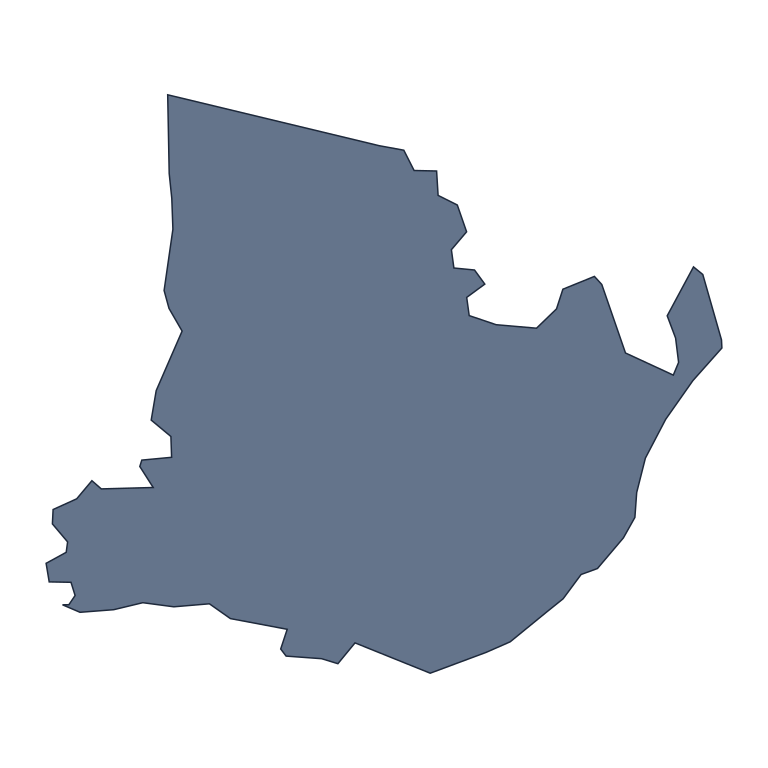 the district of Filingué, Tillabéri, Niger
{"feature_id": "23599985B22646074094064", "entity_name": "Filingué", "entity_type": "district", "adm_level": 2, "iso_a3": "NER", "parent_name": "Niger", "parent_adm1": "Tillabéri", "projection": "albers", "projection_center": [3.193, 14.311], "detail": "fine", "context": "isolated", "style": "filled", "palette": "slate", "viewbox_px": 768, "rotation_deg": 0, "n_neighbors": 0, "source": "geoboundaries", "source_scale": "gbopen_adm2", "svg_char_len": 1101}
<svg xmlns="http://www.w3.org/2000/svg" viewBox="0 0 768 768"><path d="M62.5,604.8L80.0,612.3L113.7,609.7L142.8,602.7L173.8,606.8L209.4,603.8L230.4,618.6L287.2,629.3L280.7,649.0L286.1,656.1L321.6,658.7L337.9,663.7L355.0,642.9L430.2,673.2L486.1,652.4L510.2,641.8L546.8,611.9L563.1,598.8L581.1,574.5L597.5,568.5L599.5,566.1L623.4,537.9L634.9,517.4L636.7,492.5L645.4,458.1L665.7,419.3L692.9,380.6L721.9,348.0L721.5,339.9L702.8,274.5L693.5,266.9L667.2,315.8L675.6,338.1L678.6,362.4L673.3,375.1L625.5,353.0L601.8,284.5L594.4,276.4L562.9,289.2L556.5,308.9L536.5,328.2L496.1,324.7L469.2,315.6L466.7,297.4L484.8,284.1L474.5,270.0L453.9,268.0L451.4,249.7L466.6,231.8L457.3,205.0L438.1,195.4L436.6,171.0L414.1,170.5L403.8,150.2L379.2,145.7L167.7,94.8L169.2,173.5L171.8,198.5L172.9,229.2L164.1,290.5L169.0,308.4L182.1,331.1L156.2,390.6L151.2,420.1L170.9,436.5L171.6,457.3L141.8,460.1L139.8,466.5L153.2,487.5L101.3,488.9L91.9,480.7L76.7,498.8L53.1,509.5L52.4,523.9L67.6,541.9L66.2,552.3L46.1,563.3L49.2,581.9L71.0,582.3L75.1,595.5L68.9,604.7L62.5,604.8Z" fill="#64748b" stroke="#1e293b" stroke-width="1.5"/></svg>